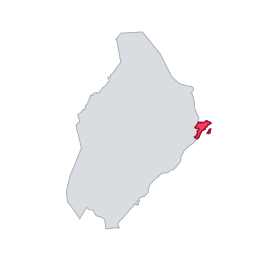 where Jizan sits in Saudi Arabia, rotated 252°
{"feature_id": "SAU-887", "entity_name": "Jizan", "entity_type": "Region", "adm_level": 1, "iso_a3": "SAU", "parent_name": "Saudi Arabia", "parent_adm1": "", "projection": "robinson", "projection_center": [42.341, 17.347], "detail": "fine", "context": "in_parent", "style": "filled", "palette": "rose", "viewbox_px": 256, "rotation_deg": 252, "n_neighbors": 0, "source": "natural_earth", "source_scale": "10m", "svg_char_len": 6803}
<svg xmlns="http://www.w3.org/2000/svg" viewBox="0 0 256 256"><g transform="rotate(252 128 128)"><path d="M188.4,181.6L163.7,185.4L162.4,185.9L154.7,190.2L149.5,197.4L148.3,200.9L147.7,201.4L146.6,202.1L145.7,202.5L144.2,202.5L142.4,199.8L141.9,199.3L141.5,199.3L138.2,199.6L131.3,198.9L130.2,198.7L128.7,197.9L128.3,197.7L127.9,197.6L124.3,197.6L122.5,197.9L120.8,197.8L119.1,197.9L118.4,198.3L117.8,198.3L117.3,198.5L116.9,198.7L116.5,198.4L115.9,198.5L115.1,198.3L114.6,197.7L114.1,197.2L113.6,196.9L113.0,196.7L112.5,196.7L111.9,197.0L111.5,197.3L110.5,198.3L110.4,198.7L110.9,199.3L110.8,199.6L110.2,199.9L110.0,200.9L109.9,201.4L109.8,202.6L110.1,203.6L110.4,203.9L110.4,204.3L110.3,205.2L109.7,205.4L109.3,206.2L109.1,206.6L108.7,207.0L107.0,208.4L106.9,207.6L106.4,206.4L106.4,205.5L106.1,204.7L105.6,204.0L104.8,203.3L104.7,202.4L104.1,201.5L103.3,200.8L102.8,199.4L102.5,197.6L100.4,195.2L97.7,193.0L96.8,191.7L95.5,189.2L94.8,187.2L93.1,184.9L93.0,184.0L92.7,182.9L92.3,181.7L92.1,180.7L90.3,176.6L89.7,175.9L89.2,175.0L89.1,174.3L88.9,173.9L87.6,173.2L86.5,171.4L82.9,168.7L81.2,168.4L79.8,167.4L78.8,166.1L77.7,163.8L75.8,161.4L74.2,158.0L74.7,156.7L74.7,155.9L74.2,154.4L73.7,153.2L73.3,152.2L73.6,150.6L73.7,148.9L74.1,148.0L74.3,146.9L74.0,144.9L73.5,143.8L73.5,143.1L72.9,142.7L72.4,141.9L73.0,141.9L72.0,140.9L71.7,140.2L71.4,138.8L70.9,137.6L69.5,135.0L68.8,133.5L67.3,131.4L65.6,129.9L64.6,129.3L64.1,128.6L63.2,128.6L62.3,127.7L61.6,127.7L60.8,127.6L59.8,125.8L59.0,124.2L57.6,122.2L58.0,121.6L58.4,120.7L58.2,119.6L58.0,118.8L57.4,117.3L55.4,113.8L54.9,113.2L54.1,112.6L53.6,111.1L53.3,109.7L52.0,109.0L49.7,104.0L48.4,102.3L47.8,101.1L46.3,99.2L45.5,97.3L44.0,95.5L42.7,92.4L40.6,89.3L39.7,88.8L37.5,88.6L36.6,88.4L35.8,89.0L35.7,88.2L36.3,87.0L37.2,84.5L37.4,82.3L38.8,75.9L48.0,77.5L48.5,77.4L52.1,74.4L54.1,71.0L54.5,70.6L60.7,69.3L60.9,69.1L62.2,66.1L62.3,65.9L62.5,65.7L65.2,64.2L61.0,59.0L56.6,54.0L73.9,48.9L74.2,48.8L75.5,47.6L83.0,48.9L86.0,49.5L86.9,49.9L100.6,58.2L107.4,64.2L123.3,77.4L123.5,77.5L137.8,78.8L139.3,78.5L143.2,79.0L147.1,79.6L147.9,81.1L148.2,82.2L148.5,83.3L149.3,84.2L152.5,84.2L156.0,84.1L156.5,85.1L156.7,86.1L157.6,88.3L158.9,90.1L159.2,90.7L159.5,91.7L159.2,92.1L159.2,92.5L160.1,93.5L161.7,94.3L162.3,94.5L163.0,94.9L162.5,95.4L163.5,96.7L164.6,98.0L165.7,98.3L167.3,100.3L169.7,101.6L171.1,103.3L170.6,103.2L170.1,103.0L169.9,103.2L169.9,103.9L170.1,104.7L170.8,105.5L171.5,106.0L171.8,107.0L171.3,109.1L171.1,109.1L170.8,108.9L170.4,108.9L170.2,109.0L170.7,110.5L171.1,111.7L171.7,112.6L172.1,114.0L172.5,114.5L174.0,116.0L174.5,117.2L175.0,119.4L176.0,120.7L176.5,121.7L177.2,122.5L177.7,123.6L178.3,124.5L178.7,124.7L179.2,124.8L179.8,124.8L180.5,124.5L181.3,124.3L181.9,124.8L182.6,124.7L182.7,125.1L182.2,125.7L181.7,127.1L182.5,127.3L183.2,127.4L183.7,127.6L184.0,127.6L184.0,127.9L184.1,129.2L184.3,129.7L192.9,141.4L215.4,144.6L215.6,144.6L216.1,143.8L220.3,150.9L214.9,171.4L188.4,181.6ZM99.8,204.9L100.5,205.0L100.2,204.6L100.4,204.0L101.4,205.0L101.4,206.1L101.3,206.4L101.0,206.1L100.8,205.9L100.8,205.6L100.5,205.4L99.6,205.5L99.0,205.2L98.1,204.3L97.9,203.6L98.2,203.4L98.6,203.1L98.9,202.5L98.6,202.0L99.1,202.1L99.4,202.7L99.5,204.0L99.5,204.3L99.4,204.6L99.8,204.9ZM55.2,116.4L54.4,115.7L54.0,115.2L53.7,114.9L52.0,114.2L51.8,113.7L52.0,113.3L52.2,113.7L52.5,114.0L53.9,114.6L55.4,116.0L55.7,116.1L55.2,116.4ZM52.6,113.0L52.1,112.8L52.2,112.0L52.5,111.6L52.5,112.2L52.6,112.8L52.6,113.0Z" fill="#d9dde1" stroke="#a8b0b8" stroke-width="1"/><path d="M110.4,205.2L110.4,205.4L110.2,205.5L109.9,205.3L109.7,205.3L109.5,205.5L109.5,205.9L109.2,206.6L108.9,206.9L108.5,207.2L108.4,207.2L108.1,207.3L107.9,207.5L108.0,207.8L107.9,207.9L107.7,208.1L107.3,208.3L106.9,208.4L106.9,208.0L106.8,207.9L107.0,207.6L106.9,207.4L106.5,206.9L106.4,206.6L106.3,206.4L106.3,206.0L106.5,205.5L106.4,205.4L106.3,205.2L106.2,205.1L106.1,204.8L106.2,204.7L105.9,204.4L105.8,204.1L105.5,203.9L105.2,203.7L104.7,203.3L104.8,202.8L104.8,202.6L104.8,202.1L104.7,202.0L104.6,201.9L104.5,201.7L104.4,201.6L104.1,201.6L103.9,201.5L103.8,201.3L103.7,201.1L103.6,200.9L103.6,200.6L103.5,200.4L103.1,200.1L103.1,200.3L103.1,200.5L103.3,200.8L103.1,200.9L103.2,201.6L103.1,201.8L103.1,201.5L103.1,200.8L103.0,200.6L102.9,200.2L102.7,198.8L102.7,198.6L102.6,198.4L102.7,197.9L102.7,197.7L102.6,197.4L102.4,197.3L102.3,197.2L102.2,197.1L101.2,196.1L101.0,195.9L100.8,195.6L100.8,195.4L100.7,195.3L100.4,195.3L100.3,195.2L99.9,194.7L99.7,194.7L99.3,194.2L98.7,193.6L98.2,193.5L97.9,193.2L97.6,192.9L97.4,192.7L97.0,192.2L97.0,191.9L97.0,191.7L96.9,191.7L96.8,191.4L96.4,191.0L96.3,190.8L96.4,190.6L96.5,190.1L96.7,189.8L96.9,189.7L97.4,189.3L97.6,189.1L97.9,188.6L98.9,188.5L99.2,188.6L99.3,188.8L99.3,189.0L99.2,190.4L99.1,190.6L99.2,190.9L99.2,191.1L99.4,191.3L99.6,191.3L100.2,191.2L100.3,191.3L100.5,191.3L100.8,191.5L101.0,191.7L101.1,192.1L101.2,192.3L101.4,192.6L101.6,192.7L101.8,192.7L103.2,192.8L103.4,192.8L103.6,193.0L103.8,193.2L103.9,193.4L104.0,193.6L104.1,193.8L104.2,194.1L105.1,195.0L105.3,195.2L105.5,195.3L105.8,195.2L106.0,195.0L106.0,194.8L106.4,193.2L106.6,192.7L106.8,192.6L106.9,192.4L107.3,192.1L107.7,191.8L107.8,191.8L108.1,191.9L108.2,192.0L108.3,192.2L108.2,192.6L108.3,192.9L108.4,193.1L109.1,193.8L109.4,194.0L109.5,194.2L109.8,194.9L109.9,195.1L110.1,195.2L110.7,195.5L110.9,195.6L111.1,195.9L111.8,197.1L111.5,197.3L110.7,198.1L110.3,198.6L110.8,198.9L110.9,199.0L111.0,199.2L111.0,199.4L110.8,199.5L110.6,199.6L110.4,199.7L110.2,199.9L110.1,200.1L110.1,200.3L110.1,200.5L109.9,200.9L109.8,201.1L109.9,201.3L109.9,201.5L110.0,201.7L110.0,201.9L110.0,202.1L109.8,202.5L109.8,202.9L110.0,203.3L110.1,203.7L110.2,203.8L110.5,203.9L110.6,204.0L110.6,204.3L110.4,204.5L110.3,204.8L110.4,205.0L110.4,205.2ZM101.5,205.0L101.5,205.3L101.5,205.6L101.6,206.0L101.5,206.3L101.3,206.2L101.0,205.9L100.8,205.8L100.6,205.8L100.5,205.7L100.8,205.6L100.9,205.3L100.6,205.1L100.4,205.2L100.2,205.2L99.8,205.3L99.7,205.4L99.3,205.2L99.1,205.0L98.9,205.0L98.7,204.8L98.5,204.6L98.4,204.4L98.3,204.1L98.2,203.9L97.9,203.9L97.9,203.6L97.8,203.4L97.7,203.2L97.9,203.1L98.0,203.3L98.4,203.4L98.5,203.7L98.6,203.8L98.7,204.1L98.8,204.4L99.0,204.5L99.4,204.5L99.5,204.7L99.8,204.7L100.0,204.7L100.1,204.8L100.5,204.8L100.2,204.7L100.2,204.3L100.3,204.0L100.3,203.9L100.5,203.9L100.6,204.0L100.8,204.1L100.8,204.3L100.9,204.5L101.1,204.7L101.2,204.9L101.5,205.0ZM99.2,204.1L98.9,203.8L98.7,203.5L98.5,203.2L98.4,203.1L98.5,203.0L98.9,202.9L99.0,202.8L99.1,202.7L99.2,202.2L98.9,202.1L98.6,202.0L98.6,201.9L98.7,202.0L99.0,202.0L99.3,202.3L99.4,202.6L99.4,202.8L99.3,203.0L99.7,203.3L99.8,203.5L99.4,203.5L99.3,203.8L99.6,203.9L99.7,204.0L99.8,204.1L99.9,204.3L99.6,204.3L99.3,204.2L99.2,204.1Z" fill="#f43f5e" stroke="#9f1239" stroke-width="1.5"/></g></svg>